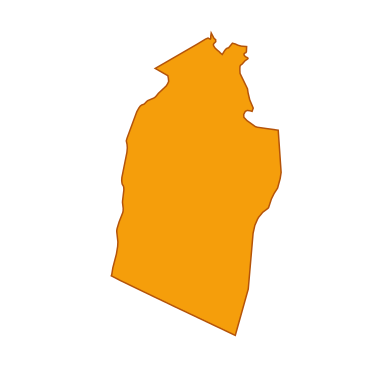 map outline of An-Najaf (orthographic projection), rotated 346°
{"feature_id": "IRQ-3061", "entity_name": "An-Najaf", "entity_type": "Province", "adm_level": 1, "iso_a3": "IRQ", "parent_name": "Iraq", "parent_adm1": "", "projection": "orthographic", "projection_center": [43.942, 31.079], "detail": "fine", "context": "isolated", "style": "filled", "palette": "amber", "viewbox_px": 384, "rotation_deg": 346, "n_neighbors": 0, "source": "natural_earth", "source_scale": "10m", "svg_char_len": 1766}
<svg xmlns="http://www.w3.org/2000/svg" viewBox="0 0 384 384"><g transform="rotate(346 192 192)"><path d="M199.3,341.6L194.3,337.5L182.6,327.9L170.9,318.3L159.2,308.7L147.5,299.1L138.6,291.7L129.6,284.3L120.7,276.9L111.8,269.5L101.1,260.6L93.4,253.8L94.2,252.6L96.9,246.3L103.6,234.0L106.7,226.8L108.0,222.6L109.4,212.2L109.7,211.1L110.5,209.3L114.1,203.3L119.8,195.3L120.6,193.7L121.3,191.2L122.0,185.4L122.4,184.0L126.4,173.5L126.9,170.9L126.8,169.2L126.4,168.3L126.2,167.3L126.3,165.8L126.6,163.7L127.5,160.9L138.4,137.9L139.9,133.6L140.5,130.2L140.6,126.5L142.1,123.9L157.9,100.7L160.8,97.6L162.6,96.1L164.3,95.4L166.4,95.2L167.1,95.0L170.1,93.1L171.3,92.6L177.7,91.6L179.3,91.0L180.7,90.1L183.3,88.1L192.6,82.9L194.3,81.3L196.1,79.1L196.6,75.6L196.7,73.3L186.2,63.2L232.8,49.8L242.2,46.9L244.8,46.5L246.0,47.6L246.8,48.1L247.3,47.5L247.7,46.1L247.9,45.4L249.1,42.4L250.5,48.1L251.2,49.2L251.8,49.9L251.4,51.9L249.0,53.3L248.3,54.4L248.4,55.7L249.2,57.9L251.2,61.0L251.8,61.7L252.6,62.9L253.1,63.9L254.6,65.9L258.1,62.5L260.2,61.1L260.7,61.1L261.5,60.9L262.3,61.0L267.2,57.4L269.9,58.9L272.1,60.7L275.1,62.4L280.2,64.1L278.8,68.8L278.5,69.3L278.0,69.8L277.6,69.8L276.9,70.0L275.9,70.6L275.7,71.2L275.7,71.9L276.1,72.7L276.5,73.5L277.1,74.1L278.0,74.8L278.6,75.5L278.6,76.1L278.1,76.4L275.2,77.5L271.6,80.0L269.6,80.8L268.8,82.0L268.0,84.9L267.3,88.6L270.8,105.3L270.4,109.2L270.3,116.6L271.7,125.4L269.8,128.3L268.1,127.3L265.3,126.2L263.2,126.7L260.9,129.3L260.4,132.1L262.6,136.0L269.2,143.8L271.1,145.0L290.6,152.9L283.2,194.6L280.8,200.3L276.0,208.9L271.3,213.3L267.4,217.9L262.5,225.7L261.8,226.2L255.7,228.8L250.7,232.5L249.1,234.1L244.9,239.6L241.3,246.8L223.1,299.8L200.6,339.3L199.3,341.6Z" fill="#f59e0b" stroke="#b45309" stroke-width="1.5"/></g></svg>